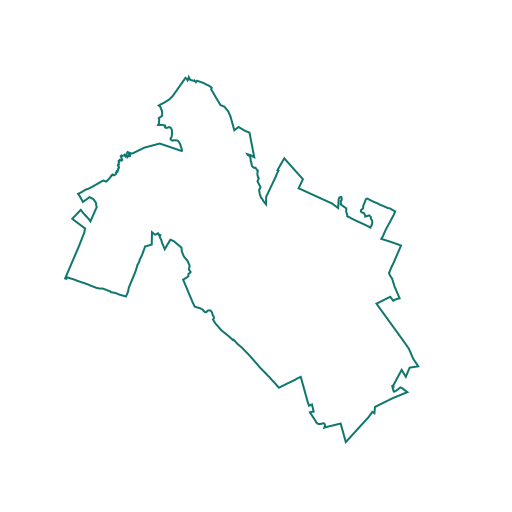 the district of Tuzantán, Chiapas, Mexico, rotated 288°
{"feature_id": "50627088B59724502540082", "entity_name": "Tuzantán", "entity_type": "district", "adm_level": 2, "iso_a3": "MEX", "parent_name": "Mexico", "parent_adm1": "Chiapas", "projection": "orthographic", "projection_center": [-92.404, 15.141], "detail": "fine", "context": "isolated", "style": "outline", "palette": "teal", "viewbox_px": 512, "rotation_deg": 288, "n_neighbors": 0, "source": "geoboundaries", "source_scale": "gbopen_adm2", "svg_char_len": 6016}
<svg xmlns="http://www.w3.org/2000/svg" viewBox="0 0 512 512"><g transform="rotate(288 256 256)"><path d="M403.7,133.9L383.1,127.6L381.5,126.9L379.8,126.0L378.4,125.3L377.4,124.6L373.7,121.5L372.6,120.5L370.4,118.1L369.0,117.0L368.4,119.0L366.4,120.2L365.4,121.5L363.0,122.6L360.5,123.3L359.2,122.6L357.1,120.9L356.2,121.7L353.3,122.4L352.5,122.8L350.4,122.4L351.6,126.0L352.0,129.3L350.7,129.5L350.1,130.2L350.0,130.5L350.2,131.3L351.1,132.8L351.6,133.4L351.8,133.9L351.8,134.4L351.6,135.3L351.1,135.9L350.0,136.9L346.9,138.2L343.7,138.9L343.2,138.9L341.8,138.5L340.7,138.6L340.5,138.9L340.1,139.7L340.0,140.2L340.0,141.1L340.5,141.9L340.6,142.4L340.9,142.8L341.5,145.3L341.4,146.3L340.2,147.9L338.6,149.6L337.7,150.2L337.1,150.4L336.3,151.3L335.3,152.0L334.2,152.7L333.3,153.0L332.9,152.9L333.2,129.7L324.6,116.4L315.8,107.3L314.9,105.9L315.2,101.8L314.8,101.8L313.1,104.9L312.6,105.2L312.1,105.2L311.4,104.3L311.6,103.7L311.9,103.6L311.7,103.1L310.5,102.9L311.9,101.9L312.5,101.3L310.5,101.0L311.5,99.7L311.0,99.5L309.4,97.2L309.8,96.9L309.2,96.5L306.0,99.1L305.2,98.6L305.3,96.6L304.6,96.5L304.0,96.0L303.3,96.6L302.9,96.6L303.0,96.8L301.6,96.7L301.3,96.9L301.0,96.9L300.9,97.2L300.7,97.3L300.1,96.7L299.3,96.7L299.2,96.9L299.1,97.4L298.9,97.6L298.3,97.6L298.2,97.8L298.1,98.2L297.6,98.4L296.9,98.3L296.0,97.9L295.7,98.2L294.7,98.1L294.0,97.4L293.9,97.4L293.8,97.6L293.8,98.1L293.7,98.2L293.4,98.3L292.3,97.2L292.1,97.6L291.6,97.5L291.3,97.6L290.1,97.1L289.4,96.5L288.9,95.8L288.7,95.8L288.2,96.2L288.7,95.5L289.1,95.2L289.2,94.4L288.7,94.1L288.4,93.8L287.7,93.6L287.8,93.8L284.2,92.5L280.4,90.4L280.7,87.7L279.2,86.1L271.4,79.0L269.3,77.0L267.6,75.1L266.9,74.0L266.3,73.3L265.0,72.2L263.0,70.6L260.1,67.6L258.8,69.5L256.8,71.7L253.9,74.7L260.6,79.6L259.8,83.8L257.2,87.3L254.5,88.6L253.3,89.4L237.8,87.8L239.2,86.0L243.5,78.3L245.7,75.1L234.7,69.8L233.8,71.9L229.4,84.9L228.7,84.8L225.9,85.5L209.7,84.5L175.7,81.4L175.7,82.7L177.3,83.0L177.4,83.9L177.4,90.9L177.2,93.6L177.1,97.7L177.1,103.4L177.0,105.5L176.7,107.8L176.4,114.5L176.6,115.9L176.7,117.2L177.7,120.3L177.3,128.1L176.7,129.2L177.4,133.3L177.1,138.1L177.3,144.8L180.7,145.2L182.9,145.3L186.5,144.8L203.0,146.1L206.1,146.2L210.9,146.0L213.5,146.6L215.6,146.7L216.5,146.5L221.6,147.3L230.8,147.6L234.6,153.3L246.5,149.7L245.5,152.3L245.3,153.1L245.3,153.7L245.7,154.4L247.3,155.6L247.4,155.9L247.0,156.2L246.0,157.0L245.8,157.5L246.2,158.0L246.7,158.3L247.2,158.5L244.7,158.5L243.9,158.9L242.4,160.6L240.9,161.7L239.9,162.2L234.3,167.1L245.0,169.5L245.0,170.9L244.8,171.4L244.8,172.2L244.7,173.2L240.9,182.6L237.4,184.0L233.2,187.6L230.8,191.3L230.7,191.9L226.4,195.8L225.6,195.9L225.3,196.1L223.8,196.1L223.1,196.2L222.4,196.4L221.2,197.9L220.9,198.5L220.3,198.7L219.5,198.4L219.1,198.2L218.8,197.7L218.3,197.5L217.6,197.3L216.1,197.9L215.6,197.7L214.8,197.3L211.0,194.0L192.2,210.2L188.9,213.3L189.0,219.5L188.4,222.1L187.6,223.1L186.9,224.7L186.9,225.1L187.1,226.0L188.9,226.9L189.3,227.2L189.6,227.7L189.9,228.8L190.0,229.6L189.5,230.6L188.7,231.6L187.9,232.2L187.3,232.5L186.1,233.4L185.2,234.6L184.9,234.8L183.8,235.2L182.3,234.7L179.4,238.1L175.3,245.0L174.3,246.9L171.4,254.6L168.9,260.1L169.5,260.5L166.6,265.6L164.7,270.5L163.9,272.1L162.8,274.0L160.3,278.9L156.4,285.6L150.8,294.8L150.5,295.6L145.4,305.2L145.3,305.7L143.0,309.4L140.8,313.5L139.8,315.1L137.8,318.5L144.6,325.4L150.0,331.1L152.3,333.1L154.9,335.9L133.3,350.2L130.0,352.7L132.1,355.1L125.9,358.9L124.0,355.6L117.6,363.5L116.2,364.9L115.6,366.5L115.6,367.5L116.0,368.7L116.8,370.4L117.6,371.4L117.8,372.2L117.8,372.5L117.2,373.4L116.5,373.9L116.2,374.0L113.8,374.0L114.5,374.8L115.2,375.9L122.8,388.3L106.8,398.9L137.4,412.8L143.7,414.8L143.1,417.2L149.2,415.8L163.2,430.1L173.3,442.0L175.5,435.6L175.7,434.0L174.4,433.1L172.9,432.2L172.1,431.4L171.5,431.1L169.7,429.4L169.6,428.9L173.4,426.3L174.1,427.1L174.8,425.9L175.5,426.6L192.7,429.7L187.4,435.8L197.3,436.6L201.2,444.4L206.8,437.3L215.1,430.0L221.7,421.2L240.8,395.0L247.9,385.3L258.7,396.3L255.8,400.4L257.8,402.0L258.3,402.9L260.2,405.6L270.1,396.9L272.9,395.1L273.5,394.5L274.6,393.8L276.7,392.3L277.8,390.7L278.9,389.5L280.7,387.8L286.5,388.2L292.5,389.0L310.7,390.7L310.9,387.2L311.1,378.3L311.0,369.9L313.6,370.5L321.2,371.3L337.1,374.2L341.4,374.6L341.7,372.9L342.6,368.8L342.6,367.9L342.3,366.2L342.8,362.6L343.1,357.8L343.6,355.7L343.8,351.9L345.0,343.9L344.0,343.0L342.5,342.8L341.6,342.9L337.4,342.5L335.2,342.9L334.3,343.1L332.1,341.7L331.1,341.8L330.8,341.9L330.4,342.5L330.2,343.3L330.1,345.5L327.8,347.7L327.3,347.7L327.5,348.2L329.6,351.0L328.8,353.0L327.1,353.7L325.2,355.8L323.1,356.3L322.3,356.6L321.3,356.4L320.2,356.4L319.4,356.1L319.1,355.5L318.5,355.8L318.6,355.0L319.6,348.1L320.3,341.6L321.3,334.7L321.6,333.4L321.8,332.9L321.7,332.4L321.9,330.5L322.9,330.1L323.3,330.1L325.6,328.3L327.2,327.6L328.1,327.6L329.2,327.1L329.7,325.4L330.6,322.7L330.9,321.6L331.4,320.5L332.2,320.5L333.1,320.2L334.5,319.7L335.7,320.0L336.1,320.2L338.5,318.9L338.2,318.2L337.8,317.8L337.5,317.3L335.8,317.0L327.0,319.3L329.4,312.1L333.6,275.6L343.5,276.9L357.6,252.7L344.3,249.9L344.2,250.9L340.1,250.4L337.7,250.3L315.5,247.4L308.3,249.5L310.4,246.2L312.3,244.2L313.1,242.7L316.3,240.3L319.9,238.5L322.5,239.1L322.8,239.0L327.4,234.4L330.9,234.6L331.8,233.3L332.2,233.3L333.7,232.2L336.5,231.4L337.0,231.6L337.8,231.3L337.8,231.0L339.3,228.8L339.7,228.4L339.5,228.0L339.7,227.7L339.6,227.3L339.3,227.0L339.3,226.7L339.9,225.1L340.4,224.2L342.1,223.3L343.3,222.9L343.8,222.4L344.5,221.7L346.6,221.0L348.2,220.0L349.3,218.6L349.4,217.9L349.6,216.9L350.0,216.9L350.1,216.3L350.2,216.2L350.2,218.8L350.1,220.6L349.7,222.1L349.4,223.8L371.3,211.7L371.7,206.4L373.3,199.6L368.9,196.5L379.8,189.3L380.3,188.7L380.7,188.5L381.1,188.5L381.3,188.2L385.1,184.7L388.3,179.7L388.5,175.6L400.7,161.8L402.3,161.9L403.4,158.9L403.8,155.3L404.4,152.3L404.4,145.6L402.7,145.1L403.7,143.3L403.4,143.3L403.2,139.1L405.2,136.9L403.5,137.1L401.9,136.7L403.1,135.4L403.7,133.9Z" fill="none" stroke="#0f766e" stroke-width="2"/></g></svg>